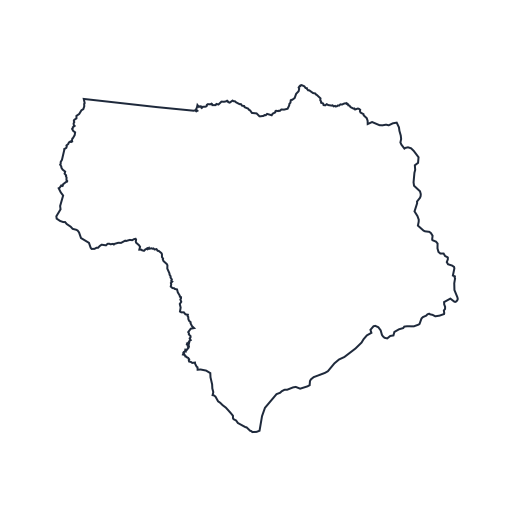 Gualaquiza, Morona Santiago, Ecuador (Albers equal-area conic projection), rotated 187°
{"feature_id": "8360857B90160317571497", "entity_name": "Gualaquiza", "entity_type": "district", "adm_level": 2, "iso_a3": "ECU", "parent_name": "Ecuador", "parent_adm1": "Morona Santiago", "projection": "albers", "projection_center": [-78.568, -3.327], "detail": "fine", "context": "isolated", "style": "outline", "palette": "slate", "viewbox_px": 512, "rotation_deg": 187, "n_neighbors": 0, "source": "geoboundaries", "source_scale": "gbopen_adm2", "svg_char_len": 6092}
<svg xmlns="http://www.w3.org/2000/svg" viewBox="0 0 512 512"><g transform="rotate(187 256 256)"><path d="M446.1,390.9L444.7,386.9L445.1,386.0L444.7,383.7L445.3,380.7L447.0,379.4L448.8,375.4L451.3,373.2L451.0,370.7L453.0,369.0L453.3,367.9L452.7,366.8L453.2,365.4L452.8,363.7L451.9,363.0L453.5,361.5L453.5,360.3L454.0,359.7L452.6,357.8L450.6,356.7L450.7,353.9L452.0,350.8L452.6,350.2L452.7,348.3L453.1,348.0L452.5,347.2L453.4,346.6L454.7,346.7L455.6,345.8L456.0,344.3L457.6,342.6L457.2,341.6L457.5,340.2L459.4,338.7L459.2,338.1L460.3,327.9L461.3,325.5L461.1,323.6L461.5,322.8L460.2,321.2L459.9,319.9L458.5,318.2L455.7,316.5L456.0,314.4L454.3,312.9L454.4,312.1L453.6,310.8L453.4,308.3L452.5,307.4L452.6,306.8L453.6,306.3L456.2,303.7L456.4,302.1L456.9,301.8L457.9,302.3L459.2,299.8L460.1,299.2L457.5,295.3L454.8,292.5L456.5,281.8L455.7,278.5L459.0,271.1L458.4,268.8L454.7,266.9L451.5,266.2L449.6,266.4L447.8,264.7L443.5,262.5L441.3,260.6L437.5,260.1L436.1,259.5L434.5,257.8L431.9,252.5L423.4,248.7L421.1,244.0L420.0,243.0L417.2,243.4L415.2,244.8L413.8,244.9L412.3,246.9L410.6,248.4L406.2,248.3L404.8,250.0L403.2,250.3L401.8,249.9L399.5,250.6L398.5,250.1L398.1,250.7L394.4,252.3L391.5,252.6L387.7,255.3L386.9,255.0L383.2,256.6L380.8,256.6L379.2,257.8L377.6,258.4L377.0,257.6L377.1,255.7L376.6,254.6L373.4,252.4L372.2,251.0L372.6,248.1L370.5,248.3L369.9,247.8L367.8,247.5L366.5,249.2L365.1,249.8L364.8,250.6L364.2,250.6L364.0,250.0L363.2,251.0L362.7,250.2L360.7,250.9L359.6,250.6L358.7,251.0L357.5,250.1L355.6,250.7L354.3,249.2L353.2,249.2L350.3,247.4L349.6,246.4L349.2,243.5L347.9,242.0L348.1,241.3L347.2,239.7L343.5,237.1L342.8,236.0L342.5,232.7L339.8,228.2L339.5,226.9L338.3,225.5L338.2,224.2L336.7,222.5L337.1,221.0L336.0,220.4L337.2,218.8L336.7,217.5L336.9,215.3L335.0,214.0L333.3,214.0L332.6,213.4L330.3,213.2L329.2,210.4L326.8,207.3L326.6,206.3L325.4,206.0L325.3,204.6L325.8,203.7L324.6,201.4L325.8,199.1L324.5,195.6L324.7,191.6L323.3,191.0L320.8,191.3L318.9,189.5L316.5,189.4L316.6,188.1L315.8,187.2L315.5,185.3L314.6,183.6L312.8,182.3L312.8,181.3L311.0,178.6L308.7,176.9L311.9,175.9L314.0,172.2L313.1,171.0L313.1,170.0L311.2,168.5L311.1,167.2L311.8,166.2L310.6,164.6L311.5,164.1L311.8,161.7L312.2,162.6L312.8,161.4L313.7,160.9L313.3,160.3L313.6,159.9L313.1,159.7L313.3,159.4L311.7,158.5L311.5,157.8L312.4,157.3L311.9,156.5L313.4,154.1L314.0,154.6L314.7,154.5L314.3,152.7L315.0,152.8L315.2,152.2L315.9,152.0L316.3,151.3L315.7,150.5L316.3,150.1L316.5,149.3L314.7,149.1L313.8,147.6L312.9,147.7L312.3,147.0L310.9,146.6L309.7,145.3L310.1,144.6L309.5,143.1L307.7,142.9L306.2,142.1L303.6,142.8L303.4,141.8L301.5,139.0L300.5,138.4L300.1,136.0L297.2,136.6L291.6,136.2L287.1,134.2L286.4,130.1L283.9,123.2L283.2,119.2L281.8,115.7L282.1,112.6L280.8,112.5L279.1,111.5L275.9,107.1L273.7,106.0L271.0,103.9L267.4,101.8L261.9,97.0L259.4,94.6L259.1,92.3L258.4,91.3L255.7,90.3L253.6,88.0L245.6,84.8L244.5,84.8L240.5,81.8L239.2,81.6L238.2,80.8L234.0,81.5L231.2,83.0L230.5,97.8L228.6,106.4L218.8,121.4L215.4,123.2L214.0,124.9L211.4,126.7L208.7,127.1L203.2,130.1L200.6,130.9L196.0,129.7L189.0,132.9L187.0,134.3L187.2,138.4L186.5,140.2L184.0,142.8L173.3,148.4L170.6,150.4L165.1,159.0L161.0,163.4L156.0,166.5L146.0,176.3L140.7,182.9L139.1,186.5L136.3,190.7L132.1,193.8L133.4,196.7L130.8,200.6L129.1,201.2L125.9,200.2L123.2,197.4L121.4,193.1L120.3,191.8L118.5,190.5L115.7,190.2L113.0,193.0L109.9,193.9L109.4,197.5L105.1,200.7L101.1,202.4L100.2,204.0L97.4,204.7L90.8,205.4L86.3,207.7L85.4,208.5L84.1,214.2L82.9,215.7L79.7,217.6L79.0,218.7L77.9,219.5L76.9,219.8L76.1,219.3L73.6,219.1L70.7,218.0L66.5,219.2L62.3,221.3L62.2,222.2L62.9,224.8L61.9,226.5L62.1,228.6L63.3,230.9L63.7,233.2L57.9,237.4L53.7,234.9L52.7,234.7L51.8,235.2L50.9,236.4L50.5,237.9L51.1,239.6L54.9,246.4L55.9,253.1L55.7,258.0L56.2,258.8L56.1,260.0L58.2,260.6L57.6,267.9L58.1,269.3L60.2,270.4L64.4,271.2L65.9,273.2L65.2,276.0L65.4,277.8L65.7,278.1L68.3,279.0L70.1,281.3L73.3,280.9L75.4,282.3L76.8,285.7L77.3,290.5L79.1,292.2L82.8,293.2L83.2,294.1L83.2,297.6L85.1,300.0L86.9,301.1L91.3,301.1L92.8,301.6L99.0,305.9L98.7,309.8L98.9,311.9L100.6,315.3L104.1,319.6L102.5,328.0L102.8,329.7L100.3,333.8L99.9,335.5L100.0,337.5L101.1,340.2L107.7,345.0L108.6,348.3L108.9,357.9L108.5,360.9L109.4,365.4L106.5,368.2L106.7,373.8L112.2,379.5L115.2,381.8L118.4,382.4L120.9,381.5L121.8,380.7L125.3,384.3L126.5,386.3L126.2,389.8L127.0,393.2L128.9,397.7L129.8,401.1L132.6,405.5L136.3,404.4L140.2,401.9L142.9,402.2L146.5,401.1L149.4,400.9L157.1,403.1L161.2,400.6L161.7,403.8L162.9,406.3L166.2,408.7L166.6,409.9L169.7,411.1L170.5,412.4L170.4,413.8L171.5,414.5L172.8,414.8L175.5,413.5L176.3,414.4L177.0,414.1L180.3,415.3L181.5,416.6L182.8,416.8L183.0,417.7L184.5,418.6L184.7,418.1L185.5,418.5L187.0,418.1L189.1,416.8L190.7,416.8L191.9,415.4L193.1,415.4L193.8,414.6L195.1,414.1L195.8,414.6L197.2,414.0L198.4,414.9L199.2,414.5L202.7,414.6L204.3,415.3L205.6,414.0L207.3,414.0L207.9,415.5L210.1,416.1L210.1,417.1L211.2,418.5L211.2,420.3L215.3,423.3L216.2,423.6L216.9,424.5L219.3,424.7L223.3,426.9L224.4,426.8L226.0,428.3L226.0,428.7L227.3,428.8L228.7,430.3L231.6,431.2L232.6,430.8L232.7,429.9L233.4,429.8L233.1,430.5L234.2,428.4L233.5,427.2L233.8,424.7L235.9,421.9L236.9,417.5L239.1,415.4L240.0,415.3L240.5,414.8L240.5,412.4L241.4,411.1L241.4,409.5L242.6,406.0L246.0,404.7L248.7,404.5L250.1,402.9L251.0,403.0L251.7,402.5L253.8,402.6L254.4,402.0L254.4,400.9L256.8,399.3L257.6,397.6L262.3,398.4L263.5,396.9L264.8,396.9L265.5,396.0L269.0,395.1L269.6,395.1L272.8,397.6L277.5,397.5L279.6,399.8L280.9,400.3L281.7,401.3L285.4,402.3L286.0,403.4L288.2,403.5L289.5,404.9L290.8,404.7L294.5,406.1L295.8,407.0L297.2,406.9L298.2,407.4L300.8,405.0L302.3,405.3L302.4,405.8L303.6,406.6L304.4,405.9L306.5,405.2L309.1,405.0L311.7,401.8L313.8,402.1L314.5,400.8L317.7,400.4L318.2,401.5L318.7,401.8L319.8,401.0L322.4,400.8L323.2,400.0L323.1,399.1L324.1,398.1L327.0,397.6L327.9,396.3L328.5,396.7L328.9,397.8L329.9,397.8L330.8,397.0L332.5,398.7L332.7,396.3L333.4,394.2L331.9,393.0L332.9,392.3L334.2,393.2L335.5,392.6L372.9,391.7L446.1,390.9Z" fill="none" stroke="#1e293b" stroke-width="2"/></g></svg>